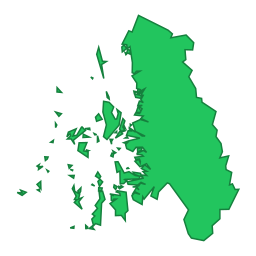 Myeik, Tanintharyi, Myanmar
{"feature_id": "60261553B82376991609151", "entity_name": "Myeik", "entity_type": "district", "adm_level": 2, "iso_a3": "MMR", "parent_name": "Myanmar", "parent_adm1": "Tanintharyi", "projection": "mercator", "projection_center": [98.426, 12.423], "detail": "fine", "context": "isolated", "style": "filled", "palette": "green", "viewbox_px": 256, "rotation_deg": 0, "n_neighbors": 0, "source": "geoboundaries", "source_scale": "gbopen_adm2", "svg_char_len": 5944}
<svg xmlns="http://www.w3.org/2000/svg" viewBox="0 0 256 256"><path d="M128.8,30.8L122.1,44.1L126.7,44.7L127.3,48.7L130.0,46.6L132.4,62.6L132.2,72.7L134.6,73.7L136.4,71.2L140.0,71.1L132.0,75.9L136.8,83.1L136.6,88.4L140.9,89.8L137.8,89.6L137.4,92.7L144.8,88.7L140.7,95.4L134.6,94.1L135.7,97.4L141.4,98.4L141.1,96.0L141.8,95.0L143.2,95.3L140.8,99.8L143.3,102.6L139.4,101.1L137.8,105.6L142.3,105.3L139.0,106.7L142.1,108.8L140.9,111.0L138.2,106.4L136.0,112.7L138.3,112.3L139.3,113.2L140.0,112.1L140.4,112.3L139.6,113.4L135.6,113.0L134.5,115.0L143.2,116.0L140.9,118.4L148.5,122.0L140.4,119.5L132.7,123.0L135.4,131.4L145.1,136.1L142.1,136.0L136.6,132.0L134.3,131.6L133.1,130.2L131.9,130.4L131.2,130.2L129.1,128.7L131.1,130.9L128.2,130.7L126.5,135.3L139.9,138.1L129.2,140.7L125.6,144.6L126.7,148.6L132.8,151.5L136.0,147.3L142.5,147.2L146.6,152.4L143.4,150.5L137.1,153.3L137.2,154.5L141.9,154.8L143.3,156.2L134.8,157.3L136.2,160.3L137.0,159.2L139.4,159.0L140.4,161.4L140.2,162.8L138.8,159.4L134.9,161.2L140.0,166.8L146.5,163.7L150.6,169.4L144.7,164.8L141.4,168.5L146.7,171.3L143.0,171.6L146.7,175.5L142.1,175.0L143.1,178.3L127.2,181.8L128.1,184.3L137.8,185.0L141.0,182.3L145.6,184.4L140.5,183.1L138.7,185.9L132.6,187.0L136.8,186.9L139.0,189.9L136.5,187.6L133.4,192.7L135.1,191.8L140.0,194.3L134.6,192.8L131.9,195.7L133.3,199.7L142.1,204.5L142.8,196.8L144.1,199.1L154.3,186.6L150.9,196.0L157.1,199.3L158.6,191.9L167.3,182.9L169.6,183.8L188.5,209.9L183.9,219.5L188.3,233.7L191.4,238.1L203.8,240.6L212.7,233.3L212.2,225.7L219.9,218.8L219.9,209.5L228.9,209.3L238.8,189.3L235.1,189.5L232.4,183.9L229.5,184.9L231.7,172.4L226.1,169.6L225.7,165.9L228.7,155.9L219.8,157.9L222.4,151.7L221.0,143.5L216.0,136.6L217.1,130.1L212.4,124.6L216.0,111.5L202.0,102.2L201.6,98.4L196.5,97.4L195.7,88.5L188.8,76.8L192.1,70.4L182.6,62.0L185.8,59.6L185.0,49.7L192.6,49.9L193.7,42.7L186.1,35.0L170.8,37.8L172.4,33.9L168.3,30.3L138.5,15.4L132.1,32.0L128.8,30.8ZM109.1,102.3L103.6,101.3L102.9,112.0L106.4,124.9L103.5,136.6L107.0,139.5L119.1,125.0L121.1,112.7L117.0,109.5L118.2,113.6L116.7,119.0L115.2,119.2L111.5,112.6L113.7,107.0L109.1,102.3ZM126.1,192.2L117.1,190.7L116.2,191.9L119.8,193.2L120.2,195.5L109.7,193.9L112.4,194.6L114.0,195.6L111.2,195.1L111.3,200.3L112.7,200.8L113.8,199.1L116.3,199.1L110.0,203.6L115.5,209.9L115.5,215.6L121.4,215.4L125.3,220.6L125.1,213.3L127.9,210.6L126.1,192.2ZM102.6,191.2L99.1,191.9L99.9,198.8L95.2,205.5L97.5,208.4L92.3,214.1L94.8,216.0L91.8,219.1L93.4,225.1L89.2,228.5L94.1,229.4L92.2,227.0L95.6,223.6L100.5,225.2L101.6,203.2L105.0,199.4L102.6,191.2ZM118.0,161.7L115.1,161.9L117.0,172.4L119.9,171.1L120.2,183.7L123.7,183.6L126.7,180.6L124.5,179.6L124.8,179.4L139.2,178.8L139.8,176.3L135.1,175.5L129.0,171.7L124.2,173.0L118.0,161.7ZM85.5,130.4L82.0,126.9L81.4,127.3L76.8,135.2L73.0,136.0L76.2,128.8L68.4,132.1L66.9,136.9L70.0,133.7L70.7,135.9L67.4,139.0L71.1,139.0L74.7,144.4L73.3,140.3L85.5,130.4ZM86.9,142.6L79.1,142.8L77.9,150.6L88.0,157.4L88.1,151.8L83.6,150.9L86.9,142.6ZM98.7,47.3L96.7,54.3L103.8,78.5L101.6,64.5L106.4,61.5L102.4,61.2L98.7,47.3ZM73.9,185.5L72.3,188.7L76.2,196.2L74.4,199.5L76.9,199.7L74.3,202.4L82.1,209.2L78.7,201.8L82.0,197.7L78.5,199.1L79.7,194.1L74.7,191.3L73.9,185.5ZM122.9,118.6L119.5,129.1L121.9,131.7L124.6,129.3L122.8,127.1L124.9,120.9L122.9,118.6ZM98.6,113.8L95.5,117.2L96.6,121.3L102.2,119.3L98.6,113.8ZM115.4,138.1L122.6,133.8L120.1,130.9L115.4,138.1ZM26.2,192.3L20.7,190.2L22.2,193.0L17.2,192.5L22.1,195.4L26.2,192.3ZM124.1,44.9L121.8,47.0L122.3,51.9L126.6,48.6L124.1,44.9ZM141.2,176.8L140.6,173.3L133.1,172.2L134.8,174.5L141.2,176.8ZM40.9,188.9L40.7,181.4L37.0,184.4L40.9,188.9ZM99.9,179.1L97.9,181.5L99.5,186.4L102.7,181.9L99.9,179.1ZM97.8,172.0L95.5,176.1L99.3,178.6L100.7,176.5L97.8,172.0ZM89.3,137.1L83.3,134.2L83.0,137.5L89.3,137.1ZM61.4,113.7L55.6,112.0L58.9,116.3L61.4,113.7ZM61.5,92.4L57.1,87.6L57.0,92.0L61.5,92.4ZM137.7,152.2L141.7,149.7L141.9,147.7L137.4,148.7L137.7,152.2ZM127.7,49.3L126.8,52.6L129.8,54.0L130.4,50.6L127.7,49.3ZM102.2,188.0L98.7,187.7L98.6,190.9L101.6,190.5L102.2,188.0ZM114.2,184.9L113.7,187.4L115.6,189.5L117.2,186.6L114.2,184.9ZM43.0,166.3L38.8,166.8L38.5,169.5L43.0,166.3ZM112.7,139.4L110.0,139.3L111.6,144.2L111.5,141.5L112.7,139.4ZM113.0,156.9L113.6,153.7L112.0,153.1L110.8,155.9L113.0,156.9ZM115.8,152.7L112.9,150.9L114.0,153.7L115.8,152.7ZM80.9,187.8L77.8,191.0L79.6,193.2L80.6,191.5L80.9,187.8ZM89.6,128.1L85.1,128.6L89.9,129.7L89.6,128.1ZM74.2,175.4L69.5,175.5L73.6,178.2L74.2,175.4ZM138.7,94.4L142.9,91.3L137.6,94.3L138.7,94.4ZM109.2,99.1L108.9,97.0L106.3,91.4L107.2,97.5L109.2,99.1ZM50.7,142.2L53.0,142.6L53.4,140.3L50.7,142.2ZM134.3,93.4L136.7,91.8L133.8,91.1L134.3,93.4ZM48.1,157.0L44.8,156.8L45.4,160.5L47.3,159.0L48.1,157.0ZM120.2,188.4L123.0,186.8L121.0,185.5L120.2,188.4ZM73.8,228.3L74.0,226.4L70.2,227.9L73.8,228.3ZM122.1,131.9L125.2,130.7L124.6,130.3L122.1,131.9ZM72.0,165.4L68.2,164.7L69.2,168.3L72.0,165.4ZM99.0,141.1L97.5,135.7L97.4,142.0L99.0,141.1ZM125.7,143.4L126.9,141.5L123.7,142.7L125.7,143.4ZM125.1,138.0L127.9,138.0L127.0,136.7L125.1,138.0ZM85.7,225.3L85.8,228.6L86.9,228.6L87.8,227.2L85.7,225.3ZM126.2,168.7L128.6,168.4L128.0,167.7L126.2,168.7ZM123.1,127.0L125.4,128.5L124.2,125.9L123.1,127.0ZM55.6,127.6L56.8,125.0L55.5,123.1L55.6,127.6ZM125.9,54.7L126.9,53.7L125.1,52.6L125.9,54.7ZM130.3,126.1L131.6,124.9L130.3,124.2L130.3,126.1ZM92.9,78.0L90.8,77.0L92.5,78.8L92.9,78.0ZM120.1,148.4L117.6,148.1L118.9,149.8L120.1,148.4ZM94.7,186.0L92.3,184.2L91.8,184.8L94.7,186.0ZM39.2,164.6L37.0,166.1L38.2,167.0L39.2,164.6ZM39.7,191.3L39.2,189.3L37.4,189.9L39.7,191.3ZM118.7,188.6L119.6,186.6L118.8,186.3L118.7,188.6ZM48.8,171.2L47.0,170.1L48.0,172.1L48.8,171.2ZM96.7,134.7L94.1,133.5L94.7,134.8L96.7,134.7ZM115.1,132.7L116.7,132.8L116.7,131.3L115.1,132.7ZM72.7,170.0L70.2,169.4L72.5,170.6L72.7,170.0ZM88.6,150.6L85.9,149.7L87.2,151.0L88.6,150.6ZM129.3,128.6L132.5,129.8L129.3,127.7L129.3,128.6Z" fill="#22c55e" stroke="#15803d" stroke-width="1.5"/></svg>